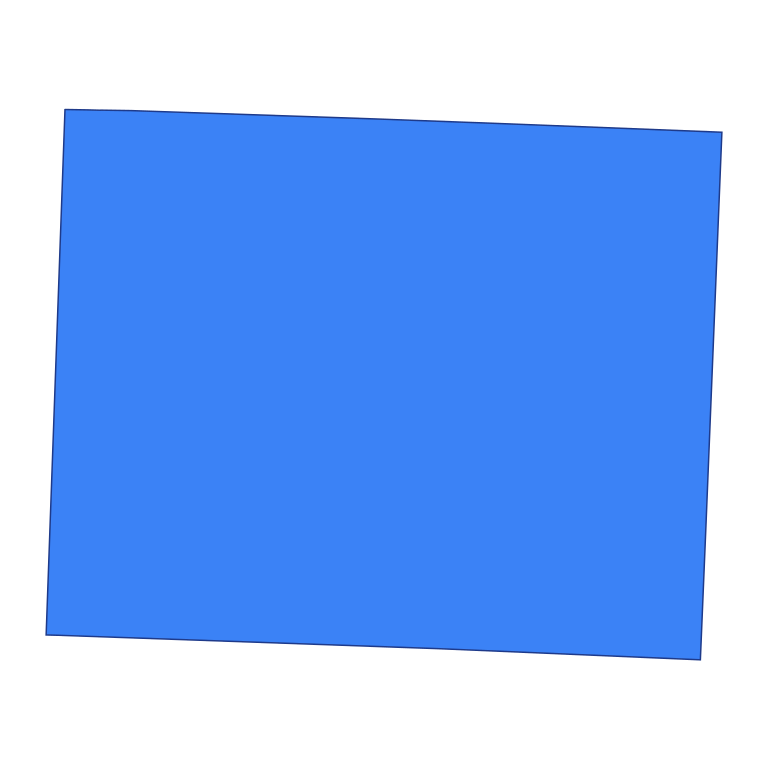 Nobles, Minnesota, United States of America, rotated 182°
{"feature_id": "52423323B36406005077231", "entity_name": "Nobles", "entity_type": "district", "adm_level": 2, "iso_a3": "USA", "parent_name": "United States of America", "parent_adm1": "Minnesota", "projection": "albers", "projection_center": [-95.706, 43.674], "detail": "fine", "context": "isolated", "style": "filled", "palette": "blue", "viewbox_px": 768, "rotation_deg": 182, "n_neighbors": 0, "source": "geoboundaries", "source_scale": "gbopen_adm2", "svg_char_len": 395}
<svg xmlns="http://www.w3.org/2000/svg" viewBox="0 0 768 768"><g transform="rotate(182 384 384)"><path d="M55.1,647.4L265.9,648.3L266.1,648.3L295.2,648.4L309.7,648.4L397.2,648.6L398.0,648.6L646.1,648.4L676.8,647.8L676.9,647.7L689.7,647.6L712.1,647.2L712.4,647.1L712.9,121.4L702.1,121.5L320.8,121.4L58.2,119.4L57.3,252.6L55.1,647.4Z" fill="#3b82f6" stroke="#1e3a8a" stroke-width="1.5"/></g></svg>